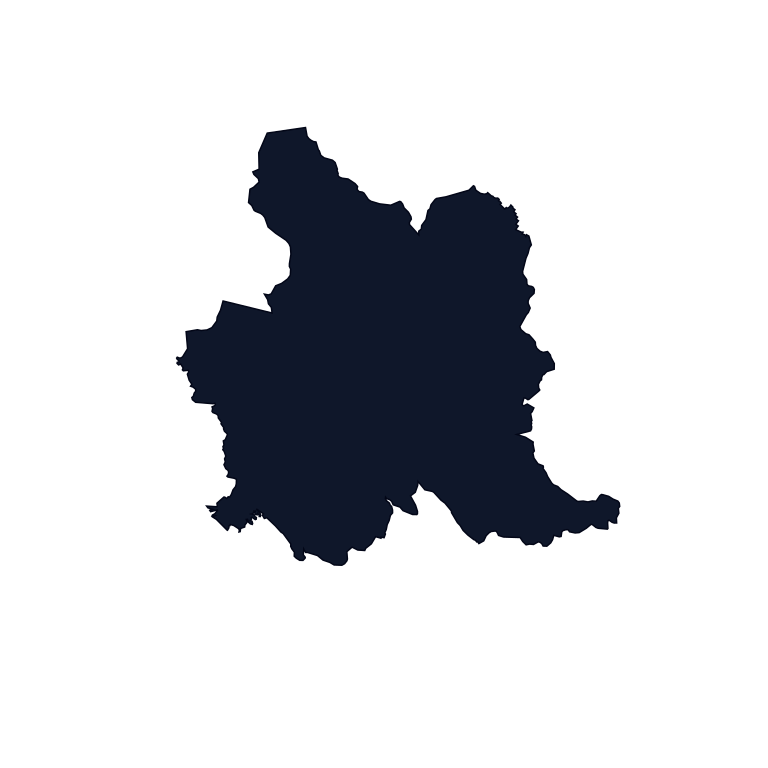 Tlaola, Puebla, Mexico, rotated 316°
{"feature_id": "50627088B3423694418611", "entity_name": "Tlaola", "entity_type": "district", "adm_level": 2, "iso_a3": "MEX", "parent_name": "Mexico", "parent_adm1": "Puebla", "projection": "equal_earth", "projection_center": [-97.92, 20.163], "detail": "fine", "context": "isolated", "style": "filled", "palette": "ink", "viewbox_px": 768, "rotation_deg": 316, "n_neighbors": 0, "source": "geoboundaries", "source_scale": "gbopen_adm2", "svg_char_len": 6159}
<svg xmlns="http://www.w3.org/2000/svg" viewBox="0 0 768 768"><g transform="rotate(316 384 384)"><path d="M468.5,635.8L470.6,633.0L470.9,630.7L468.8,625.9L467.6,620.9L464.5,615.6L463.6,614.5L461.7,614.3L455.2,615.7L452.6,612.8L448.8,610.5L446.0,606.6L442.2,603.5L441.4,602.2L439.7,590.7L437.9,582.9L437.8,578.4L435.9,574.3L435.8,571.9L437.4,564.3L438.9,560.5L439.8,555.0L440.9,554.6L441.6,553.4L439.3,548.4L440.4,541.5L443.2,537.0L445.6,536.6L449.4,530.8L451.0,529.4L448.8,520.6L444.4,512.5L456.9,519.5L458.9,518.8L460.6,517.3L461.5,515.4L462.6,515.2L464.0,513.1L465.0,513.1L469.0,507.0L471.4,506.8L475.2,505.3L473.1,497.9L469.3,496.8L469.0,494.7L474.9,491.3L475.9,492.3L476.6,495.2L477.5,495.7L490.5,496.6L491.9,496.5L492.5,494.3L494.8,491.5L498.3,490.2L500.2,490.4L502.2,488.6L504.8,487.7L505.6,488.3L509.6,488.1L516.7,491.6L520.7,487.6L522.6,480.8L523.8,478.7L524.2,474.3L520.4,471.8L519.0,468.7L518.7,464.6L519.8,461.5L521.9,459.0L522.3,455.1L522.5,449.3L520.9,446.3L520.3,440.0L521.6,437.0L534.4,433.1L537.5,432.8L541.9,430.9L543.7,426.1L545.5,424.3L548.6,423.0L554.9,423.0L557.8,420.5L558.5,418.2L558.0,416.4L556.0,413.6L556.2,411.5L559.2,407.9L560.2,401.5L561.9,399.3L573.4,392.2L578.3,390.1L583.3,387.0L586.6,386.3L591.0,378.2L590.2,375.6L588.5,376.4L588.9,374.4L587.6,372.1L589.5,371.4L588.2,370.1L586.0,364.4L590.3,363.6L589.8,360.7L594.1,360.0L593.6,357.0L596.0,356.7L595.6,353.5L597.3,353.3L597.0,350.2L599.3,349.6L598.8,346.8L599.6,346.4L599.6,343.4L597.1,343.9L594.5,343.1L594.5,342.0L592.4,342.0L592.2,335.5L594.0,335.4L594.2,332.9L593.7,331.7L595.1,331.2L595.0,329.3L593.3,327.8L592.6,326.1L592.7,324.6L591.9,323.2L591.5,318.4L590.1,318.5L588.0,317.1L585.8,313.9L584.7,308.4L586.4,304.7L586.0,303.5L579.7,303.6L558.6,292.4L550.6,287.0L548.8,286.8L542.4,287.7L538.7,289.9L536.2,289.7L528.4,294.9L521.3,296.1L518.4,298.5L515.2,298.2L512.6,300.9L513.1,287.0L514.5,285.4L518.2,284.4L519.6,282.4L520.9,277.4L520.8,271.3L522.4,267.5L522.7,264.5L522.1,263.5L513.1,260.1L506.0,251.4L501.5,243.4L500.9,240.4L502.2,232.8L501.7,230.9L499.7,228.2L499.7,226.9L499.9,225.2L502.2,223.6L502.4,219.7L500.6,211.6L496.8,206.8L495.6,204.1L495.8,201.8L497.2,200.8L498.6,197.7L499.7,197.1L502.7,190.7L502.4,187.2L498.0,179.7L497.4,175.6L499.4,171.3L499.5,169.9L503.2,162.6L501.7,160.7L500.8,158.0L500.4,155.3L500.8,152.3L505.7,145.0L474.3,122.4L454.6,130.6L443.4,142.7L437.0,140.3L436.0,142.9L436.3,149.0L434.4,152.0L426.8,151.9L422.9,150.8L412.6,159.4L412.9,163.7L411.2,168.8L411.5,170.4L413.8,175.6L414.2,178.2L413.9,181.4L409.7,190.6L410.8,200.3L413.4,212.5L413.2,216.9L411.9,220.4L407.2,226.0L399.6,231.7L397.6,233.7L396.7,236.5L392.1,240.7L387.6,241.5L380.2,240.5L374.3,238.1L365.5,240.8L362.8,239.7L360.4,236.3L358.9,242.5L356.6,246.0L356.2,250.6L352.8,255.2L325.9,212.5L317.6,217.4L310.5,220.0L307.5,222.5L299.3,223.9L294.3,222.2L289.6,218.5L287.5,215.4L278.0,208.9L267.2,222.2L257.8,224.6L255.2,223.8L253.9,221.1L252.8,221.3L252.4,222.5L252.6,224.8L251.9,225.8L250.4,224.8L249.5,225.3L249.5,227.6L251.6,228.4L250.7,232.9L248.8,233.8L248.8,235.1L252.6,238.1L252.0,239.7L249.4,240.3L246.5,245.9L245.6,250.7L243.3,251.2L244.5,253.6L244.9,256.8L243.5,258.4L241.2,258.7L238.2,260.4L236.4,260.2L235.3,262.2L235.8,266.3L247.4,279.5L249.0,280.4L248.4,281.6L247.2,282.0L244.4,281.0L243.7,282.6L241.3,284.2L241.1,285.7L242.7,289.3L242.8,291.4L241.2,293.4L240.5,298.7L239.1,299.4L238.4,304.1L237.4,304.8L236.4,307.2L236.6,310.4L236.2,311.7L231.0,313.8L228.9,313.3L226.6,316.6L224.6,317.2L223.9,318.7L222.4,319.3L222.2,321.5L220.1,326.0L217.3,327.1L215.7,329.8L212.8,330.9L211.4,335.0L211.8,337.6L211.2,339.3L209.2,340.8L207.0,341.2L207.1,342.5L210.8,347.8L211.6,350.1L208.4,353.2L206.0,354.7L202.0,355.2L197.4,357.4L194.4,358.1L193.6,356.9L191.2,357.0L190.9,354.8L190.3,354.1L181.0,353.7L179.2,356.1L178.5,356.2L171.6,348.6L171.3,350.8L173.9,355.3L170.9,353.8L170.6,355.4L176.6,358.8L176.4,359.3L172.2,359.8L169.5,359.1L168.5,359.5L170.6,361.3L168.4,360.9L169.4,364.9L169.6,380.0L169.8,380.5L172.5,379.7L173.8,378.4L174.7,378.9L175.8,378.3L177.6,381.3L178.9,387.0L178.5,388.6L176.9,389.7L178.0,390.3L180.5,388.3L184.4,390.1L186.0,388.8L189.6,388.3L190.8,385.7L191.9,386.5L190.5,389.6L190.7,391.8L191.7,393.5L192.6,393.1L193.7,391.1L193.1,389.1L194.6,389.2L195.4,387.9L196.4,388.1L197.2,392.1L198.2,392.5L199.5,391.3L199.0,389.9L199.9,388.4L198.2,385.3L200.0,386.2L202.4,384.9L203.3,386.2L201.4,386.9L201.1,388.1L201.8,390.0L203.2,389.3L203.2,391.4L202.2,392.6L202.9,393.4L204.0,392.9L204.9,391.4L205.4,385.1L207.1,393.7L205.4,393.9L204.5,397.6L206.8,398.8L207.3,410.7L207.0,418.9L207.6,421.5L205.8,434.4L204.1,436.0L203.2,438.6L202.7,442.7L199.8,445.5L199.9,448.4L200.9,452.3L203.2,454.6L206.2,454.5L207.0,453.9L207.3,450.8L211.7,446.9L210.6,450.7L212.0,452.1L217.0,461.2L217.8,468.3L221.1,474.7L222.4,479.5L227.8,485.1L230.8,485.9L234.5,485.4L236.1,484.5L240.8,478.8L247.7,479.2L249.8,485.2L254.5,490.4L256.7,489.5L263.9,490.2L271.9,488.0L274.7,492.8L275.5,492.1L277.3,494.6L280.8,492.9L281.2,491.6L284.6,490.2L288.6,487.4L292.8,485.8L297.3,483.0L300.6,482.7L302.6,480.6L304.3,477.6L304.5,474.8L305.2,473.5L304.7,469.5L305.4,467.3L306.6,466.4L306.5,468.8L307.7,470.9L308.0,473.7L306.7,477.3L310.0,483.7L309.7,488.3L313.9,497.7L316.9,500.7L317.9,500.6L319.6,498.9L322.5,493.1L325.3,482.9L331.3,483.6L337.7,480.4L340.8,477.7L339.9,488.5L344.1,494.8L344.6,496.4L344.3,507.1L345.1,512.0L344.3,522.1L343.2,523.5L340.5,534.7L340.5,538.7L339.2,544.3L339.4,551.0L340.5,558.4L341.2,559.9L341.0,562.1L341.8,562.7L341.4,564.7L346.8,566.1L352.1,564.1L356.2,564.0L358.7,564.6L361.6,566.8L362.4,567.7L362.3,569.3L361.2,572.5L363.7,577.1L375.3,589.0L374.4,593.7L374.5,598.4L377.5,600.3L380.1,603.3L385.3,604.7L386.3,606.2L386.6,608.4L385.9,611.1L388.5,613.8L393.6,614.1L397.1,613.1L401.0,610.8L403.9,615.7L405.5,616.7L409.1,613.9L410.6,613.7L413.2,614.9L414.7,616.1L415.2,617.2L414.8,619.2L418.0,623.9L421.2,626.5L429.3,628.3L435.5,628.8L436.2,629.8L436.8,634.4L437.8,636.5L443.9,643.6L444.7,643.5L448.5,639.1L450.3,637.9L451.3,638.3L452.0,641.9L453.0,643.9L454.8,645.6L458.2,641.7L463.2,640.1L466.2,636.2L468.5,635.8Z" fill="#0f172a" stroke="#020617" stroke-width="1.5"/></g></svg>